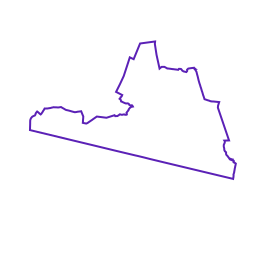 outline of Amatenango de la Frontera, Chiapas, Mexico, rotated 74°
{"feature_id": "50627088B96340136292286", "entity_name": "Amatenango de la Frontera", "entity_type": "district", "adm_level": 2, "iso_a3": "MEX", "parent_name": "Mexico", "parent_adm1": "Chiapas", "projection": "albers", "projection_center": [-92.105, 15.523], "detail": "fine", "context": "isolated", "style": "outline", "palette": "violet", "viewbox_px": 256, "rotation_deg": 74, "n_neighbors": 0, "source": "geoboundaries", "source_scale": "gbopen_adm2", "svg_char_len": 4108}
<svg xmlns="http://www.w3.org/2000/svg" viewBox="0 0 256 256"><g transform="rotate(74 128 128)"><path d="M88.3,48.0L88.0,49.8L87.7,52.0L87.5,53.7L88.2,55.1L88.9,55.2L89.5,55.4L90.3,56.5L88.9,59.0L87.8,60.0L86.1,60.6L85.5,61.6L85.2,62.8L85.9,63.7L85.6,64.4L85.3,65.0L85.1,65.5L84.9,66.0L84.6,66.7L84.3,67.4L84.1,67.9L83.9,68.2L83.8,68.7L83.6,69.1L83.4,69.4L83.3,69.8L83.1,70.2L82.9,70.6L82.5,71.6L82.3,72.0L82.1,72.5L81.9,72.9L81.8,73.3L81.6,73.6L81.6,73.9L81.1,74.3L79.3,76.1L78.7,78.2L78.6,78.7L78.5,79.0L78.8,79.5L79.6,81.3L65.5,80.4L54.5,79.0L52.3,78.1L50.1,93.1L63.4,103.6L60.6,106.8L65.1,109.8L76.9,117.8L83.7,123.7L90.0,129.5L94.7,124.5L94.9,124.7L95.4,125.0L95.8,125.4L96.2,125.9L96.5,126.8L96.8,127.0L97.3,127.2L97.5,127.6L97.7,128.0L98.4,127.5L98.8,127.3L99.2,127.2L99.6,127.2L100.1,127.3L100.6,127.3L100.8,127.1L101.0,126.6L101.6,126.0L102.0,125.6L102.5,125.0L103.1,124.3L103.8,123.3L104.0,122.6L104.1,121.9L104.3,121.6L104.5,121.1L105.1,120.6L105.6,120.4L106.1,120.4L106.7,119.9L107.0,119.2L107.1,118.5L107.3,117.9L108.3,117.5L108.8,117.4L108.8,117.5L108.6,118.3L108.5,118.7L109.2,120.7L109.7,121.4L110.4,122.3L110.5,122.4L110.9,122.5L111.5,123.2L111.7,123.6L112.9,125.2L113.3,125.2L113.7,125.2L114.1,125.3L114.7,125.4L114.8,125.9L114.7,126.5L114.4,127.2L114.2,127.6L114.1,127.8L113.9,127.9L113.8,128.2L113.7,129.0L113.7,129.5L113.7,129.9L113.6,130.3L113.4,130.7L113.2,131.1L113.0,131.4L112.6,132.0L112.7,132.3L112.9,132.9L113.1,133.2L113.2,133.4L113.3,134.1L113.6,134.8L113.5,135.4L113.4,135.7L113.3,136.0L113.1,137.0L112.9,137.1L112.5,137.2L112.0,137.4L112.2,145.0L112.2,145.9L108.4,154.8L110.0,159.5L110.3,160.2L110.8,161.8L111.1,162.7L111.3,163.4L112.0,165.4L112.1,165.8L112.2,167.0L111.8,167.7L111.6,168.1L111.2,168.9L110.6,170.0L109.4,169.5L109.2,169.5L107.8,169.0L106.3,168.4L104.5,167.8L103.9,167.9L102.0,168.1L100.0,168.3L99.0,168.4L98.7,170.6L98.5,171.7L98.4,173.2L98.2,174.7L97.4,176.1L96.5,177.6L95.6,179.0L94.7,180.5L94.2,181.4L94.0,181.8L93.7,182.4L93.1,183.1L91.9,184.2L91.7,184.4L90.6,185.5L89.4,186.6L89.3,187.4L89.1,189.0L89.0,189.6L88.5,190.9L87.9,192.8L87.5,193.8L87.5,194.5L87.4,195.5L87.4,196.0L87.4,197.1L87.3,197.8L87.1,199.4L87.0,200.3L86.8,200.9L86.4,202.6L86.3,202.8L86.8,203.3L87.1,203.5L87.6,204.1L88.4,205.1L88.6,205.2L89.3,206.0L89.7,206.5L90.3,207.2L90.4,207.3L90.9,208.2L90.0,208.9L89.0,209.5L88.2,210.0L87.6,210.4L87.1,210.8L87.7,211.7L88.5,212.7L89.6,213.3L90.3,214.1L90.3,214.4L90.5,215.8L90.7,216.7L90.9,217.2L91.2,217.6L91.6,218.2L91.9,218.6L92.5,219.1L93.5,219.8L95.0,220.3L95.3,220.4L96.7,220.8L98.6,221.4L101.1,222.2L103.0,222.8L135.4,165.6L147.1,145.0L155.6,129.9L156.4,128.5L157.3,126.8L160.7,120.8L163.8,115.5L170.1,104.4L198.5,54.1L205.7,41.3L205.9,41.0L204.1,40.1L202.4,39.5L202.0,39.5L200.7,38.7L200.3,38.4L200.0,38.2L199.6,38.1L199.3,37.9L199.2,37.9L198.8,37.7L198.5,37.5L197.9,37.3L197.7,37.1L196.5,36.6L195.3,35.9L194.8,35.7L194.1,35.3L192.8,34.6L192.0,34.3L191.9,34.2L191.5,34.4L190.7,35.3L190.1,35.9L189.9,36.0L189.7,35.9L188.9,35.8L188.8,35.4L188.5,35.5L188.3,35.6L188.1,35.9L187.6,36.0L187.4,36.0L187.5,36.5L187.7,36.8L187.5,37.1L187.3,37.3L187.1,37.5L186.9,37.2L186.6,37.0L186.4,37.3L186.2,37.6L186.0,37.8L186.0,38.1L186.3,38.4L186.4,38.5L186.2,38.7L185.9,38.6L185.5,38.7L185.5,38.9L185.1,39.1L184.8,39.2L184.3,39.3L183.7,39.6L182.8,39.9L182.2,40.1L181.5,40.6L180.9,40.8L180.0,40.9L179.6,40.8L178.8,40.5L178.2,40.5L177.5,41.0L177.1,41.3L176.5,41.3L175.8,41.5L175.3,41.4L174.5,41.2L173.6,41.1L172.5,41.1L171.6,40.9L170.5,40.5L169.9,40.0L169.1,39.3L168.4,38.9L167.4,38.6L166.7,38.8L167.8,34.3L166.0,34.4L133.2,36.0L131.4,35.3L128.2,33.2L126.5,37.5L126.2,38.2L125.6,40.0L125.4,40.4L125.4,40.5L125.3,40.8L125.2,40.9L124.8,41.6L124.2,42.3L123.2,43.9L122.2,45.3L121.4,46.5L118.2,46.6L117.2,46.7L116.3,46.7L115.3,46.7L113.9,46.7L112.7,46.8L111.5,46.8L109.6,46.8L108.8,46.9L107.8,46.9L106.4,46.9L104.8,47.0L103.5,47.0L103.1,47.0L102.8,47.0L101.5,47.0L99.7,46.9L97.6,46.8L95.3,46.8L93.3,46.7L92.8,46.7L90.8,47.2L90.6,47.3L90.4,47.4L88.9,48.1L89.2,47.4L88.9,47.6L88.7,47.8L88.5,48.0L88.3,48.0Z" fill="none" stroke="#5b21b6" stroke-width="2"/></g></svg>